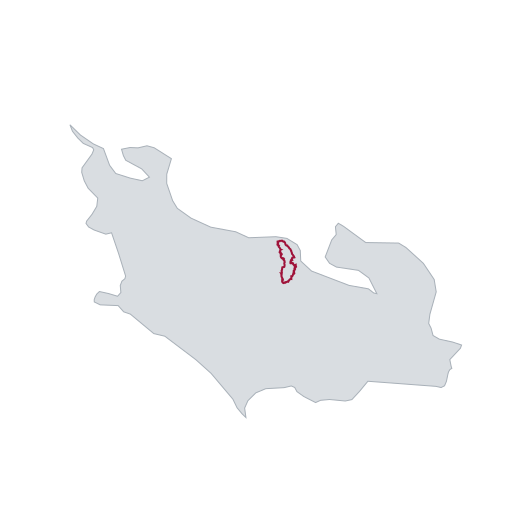 location of Turrubares, San José, Costa Rica, rotated 162°
{"feature_id": "36466004B44597277334716", "entity_name": "Turrubares", "entity_type": "district", "adm_level": 2, "iso_a3": "CRI", "parent_name": "Costa Rica", "parent_adm1": "San José", "projection": "natural_earth1", "projection_center": [-84.504, 9.748], "detail": "fine", "context": "in_parent", "style": "outline", "palette": "rose", "viewbox_px": 512, "rotation_deg": 162, "n_neighbors": 0, "source": "geoboundaries", "source_scale": "gbopen_adm2", "svg_char_len": 6384}
<svg xmlns="http://www.w3.org/2000/svg" viewBox="0 0 512 512"><g transform="rotate(162 256 256)"><path d="M424.0,262.3L423.4,264.4L421.7,266.7L419.2,269.0L415.9,270.6L407.9,265.9L400.1,260.5L395.8,263.0L394.2,269.9L391.3,273.5L387.7,274.9L386.2,277.2L385.9,300.6L386.2,322.7L392.1,323.2L402.0,330.8L406.2,335.3L407.6,339.5L406.3,341.5L399.1,346.3L392.1,352.4L388.6,360.0L394.7,372.3L396.1,380.6L395.9,389.4L394.2,393.6L380.5,403.6L377.5,407.1L377.9,409.6L385.5,416.5L389.0,423.2L392.0,431.3L392.4,438.3L385.6,425.3L376.1,412.9L367.9,405.3L367.2,387.5L363.9,377.8L351.5,368.9L340.9,362.7L333.0,363.9L337.8,374.2L350.3,387.3L351.1,392.4L350.9,399.1L342.3,398.1L334.8,395.3L325.6,394.5L319.4,390.4L306.4,374.7L315.6,361.4L318.5,352.6L318.2,334.4L316.1,325.6L306.1,312.1L290.1,297.4L267.8,285.3L257.3,275.6L231.1,268.2L221.2,263.2L213.4,254.1L212.2,247.5L215.0,237.4L207.8,224.5L176.6,199.3L159.2,190.0L155.5,184.5L152.7,182.8L155.4,200.2L163.0,210.7L182.9,220.6L188.3,226.3L190.5,233.7L179.0,247.9L173.1,251.6L171.4,259.3L167.6,261.7L163.6,257.2L147.5,234.9L116.3,224.2L110.7,217.6L99.1,197.3L93.8,178.6L95.7,166.2L108.6,146.9L112.6,138.5L111.8,133.3L112.2,125.7L107.4,120.3L95.6,113.4L88.0,107.8L90.1,105.1L103.7,97.6L104.5,90.8L104.5,88.6L106.7,88.1L108.7,86.3L109.9,84.5L113.6,78.0L116.8,74.3L120.6,73.7L125.1,76.4L142.2,83.4L161.2,91.2L188.3,102.3L199.5,95.2L209.2,89.8L215.9,90.5L230.4,96.8L239.2,98.8L244.6,98.2L253.9,107.5L259.0,114.4L259.8,119.0L262.6,121.5L269.9,122.1L287.7,126.8L298.5,125.9L308.4,120.9L313.8,114.9L315.5,105.5L318.0,110.2L320.9,117.5L322.2,126.9L335.0,158.3L345.2,175.9L367.5,207.9L377.2,213.8L393.5,239.6L399.1,243.8L402.4,251.4L419.3,257.7L424.0,262.3Z" fill="#d9dde1" stroke="#a8b0b8" stroke-width="1"/><path d="M238.0,221.8L237.6,222.1L237.4,222.1L237.2,221.8L237.1,221.7L236.8,221.6L236.7,221.8L236.4,221.8L236.0,222.0L235.7,222.0L235.6,221.9L235.5,221.7L235.4,221.7L235.3,221.8L235.2,221.9L234.8,221.9L234.2,221.8L233.9,222.0L233.7,222.0L233.5,221.9L233.3,222.0L233.3,221.7L233.2,221.6L232.8,222.0L232.7,222.3L232.6,222.5L232.1,222.6L231.7,222.8L231.5,223.1L231.0,223.3L230.7,223.4L230.4,223.5L229.8,223.6L229.7,223.3L229.5,223.2L229.4,223.5L229.2,224.1L229.2,224.3L229.0,224.8L228.9,225.0L228.9,225.3L228.7,225.8L228.5,225.7L228.4,225.5L228.3,225.4L228.1,225.4L227.8,225.5L227.6,225.9L227.3,226.1L227.2,226.1L226.9,226.4L226.7,226.7L226.6,226.9L226.4,227.3L226.0,227.3L225.9,227.4L226.0,227.5L225.8,227.7L225.7,227.7L225.4,227.5L225.3,227.4L225.2,227.4L225.0,227.6L225.2,228.0L225.3,228.2L225.3,228.5L225.4,228.8L225.3,229.1L225.2,229.2L224.7,229.0L224.6,229.4L224.7,229.6L224.7,230.3L224.6,230.5L224.4,230.6L224.2,230.6L223.9,230.5L223.4,231.0L223.0,231.3L223.0,231.6L223.2,231.9L223.3,232.0L223.3,232.3L223.1,232.5L222.8,232.7L222.7,233.0L222.3,232.7L222.2,232.7L221.9,233.0L221.6,233.1L221.4,233.3L221.2,233.4L221.2,233.5L221.1,234.1L221.2,234.6L221.2,234.9L221.1,235.2L221.0,235.4L221.3,235.4L221.5,235.3L221.7,235.1L221.8,235.1L222.0,235.0L222.3,235.2L222.5,235.1L222.6,235.6L222.9,235.9L222.9,236.3L223.0,236.5L223.2,236.8L223.2,237.0L223.1,237.3L223.5,237.4L223.6,237.5L223.6,237.8L223.5,238.0L223.9,238.3L224.1,238.3L224.1,238.5L224.3,238.5L224.7,238.5L224.8,238.3L225.0,238.3L225.3,238.4L225.3,238.5L225.5,238.7L225.5,238.8L225.4,239.0L225.2,239.2L225.1,239.4L225.0,239.8L224.7,239.8L224.6,240.1L224.4,240.3L224.4,240.6L224.3,241.0L224.2,241.2L224.1,241.3L223.9,241.3L223.4,241.1L222.8,241.0L222.8,241.3L222.8,241.9L222.7,242.2L222.7,242.5L222.4,242.8L222.2,243.0L221.9,243.2L221.6,243.1L221.4,243.0L221.0,243.0L220.8,243.0L220.5,242.8L220.1,242.8L220.2,243.1L220.0,243.5L220.0,243.8L220.3,244.0L220.3,244.7L220.5,245.3L220.5,245.5L220.7,245.9L220.8,246.2L221.0,246.6L221.1,246.9L221.1,247.3L221.0,247.5L220.9,247.6L220.9,248.6L221.0,249.0L221.1,249.3L221.0,249.5L220.9,249.8L220.9,250.1L220.9,250.3L221.1,250.5L221.1,250.8L221.2,251.9L222.0,253.0L222.0,253.5L222.0,253.8L222.1,254.0L222.2,254.3L222.3,254.5L222.5,254.8L222.6,255.0L222.8,255.3L222.9,255.8L223.0,256.0L223.0,256.3L223.2,256.5L223.4,256.6L223.6,256.4L223.8,256.5L223.9,256.8L224.3,257.3L224.4,257.7L224.4,258.1L224.3,259.0L224.3,259.4L224.3,259.9L224.6,260.4L224.6,260.5L224.7,260.9L224.8,261.1L225.2,261.3L225.4,261.2L225.8,261.7L226.1,261.7L226.3,261.8L226.4,262.0L226.3,262.3L226.4,262.5L226.9,262.6L227.1,262.7L228.5,262.9L228.7,263.0L228.8,262.9L229.0,262.7L229.6,262.8L229.8,263.0L230.0,263.0L230.2,262.8L230.3,262.8L230.6,262.9L230.7,263.0L231.0,263.1L231.1,262.9L231.1,262.3L231.2,262.2L231.3,262.0L231.3,261.8L231.3,261.7L231.0,261.5L231.0,261.3L231.1,261.2L231.3,261.2L231.6,261.1L231.8,260.7L231.7,260.7L231.7,260.2L231.5,259.9L231.5,259.6L231.7,259.4L231.7,259.2L231.1,258.8L231.2,258.7L231.3,258.5L231.4,258.3L231.4,258.0L231.5,257.7L231.4,257.4L231.2,257.1L230.9,256.4L230.8,255.4L230.8,254.9L230.7,254.8L230.4,254.5L230.5,254.5L230.6,254.4L230.9,254.1L231.2,253.7L231.3,253.6L231.5,253.5L231.5,253.3L231.7,253.1L231.7,252.8L231.6,252.6L231.7,252.4L231.9,252.5L232.1,252.4L232.4,252.3L232.4,252.2L232.2,251.8L232.0,251.7L231.9,251.3L231.9,251.1L231.7,251.1L231.4,251.1L231.3,250.8L231.2,250.5L231.1,250.3L231.1,250.2L230.9,249.9L230.9,249.7L231.0,249.6L231.3,249.5L231.6,249.3L232.0,249.3L232.0,249.1L232.0,248.9L232.3,248.8L232.5,248.4L232.6,247.8L232.6,247.7L232.6,247.4L232.6,247.0L232.6,246.8L232.5,246.7L231.9,246.2L232.0,245.8L231.8,245.7L231.6,245.7L231.3,245.5L230.8,245.4L230.8,245.2L230.5,245.2L230.4,244.9L230.3,244.6L231.1,244.2L231.0,243.8L230.5,242.9L230.4,242.5L230.4,242.2L230.6,242.0L230.7,241.6L230.7,241.1L231.0,240.9L231.4,240.2L231.5,239.9L231.5,238.8L232.0,237.6L232.3,237.2L232.5,236.9L232.9,237.0L233.6,237.0L233.9,237.1L234.4,237.1L234.5,237.1L234.6,236.9L234.7,236.5L235.2,235.7L235.3,235.5L235.3,235.3L235.4,235.0L235.6,234.9L235.7,234.7L236.0,234.1L236.3,233.9L236.3,233.3L236.4,233.1L236.4,232.7L236.5,232.6L236.6,232.2L236.6,231.9L236.8,231.7L237.0,231.6L237.3,231.7L237.2,231.5L237.2,231.4L237.4,231.4L237.4,231.0L237.4,230.8L237.5,230.8L237.5,230.5L237.7,230.3L237.7,229.8L237.7,229.6L237.9,229.3L238.0,229.2L238.1,228.4L238.1,228.2L237.9,227.8L237.9,227.0L238.0,226.8L237.7,226.3L237.7,225.0L238.6,225.0L238.6,224.7L238.8,224.3L238.8,224.0L239.0,223.8L239.1,223.4L239.0,223.1L238.9,222.9L238.9,223.0L238.7,222.6L238.7,222.3L238.6,222.1L238.4,221.9L238.1,221.9L238.0,221.8Z" fill="none" stroke="#9f1239" stroke-width="2"/></g></svg>